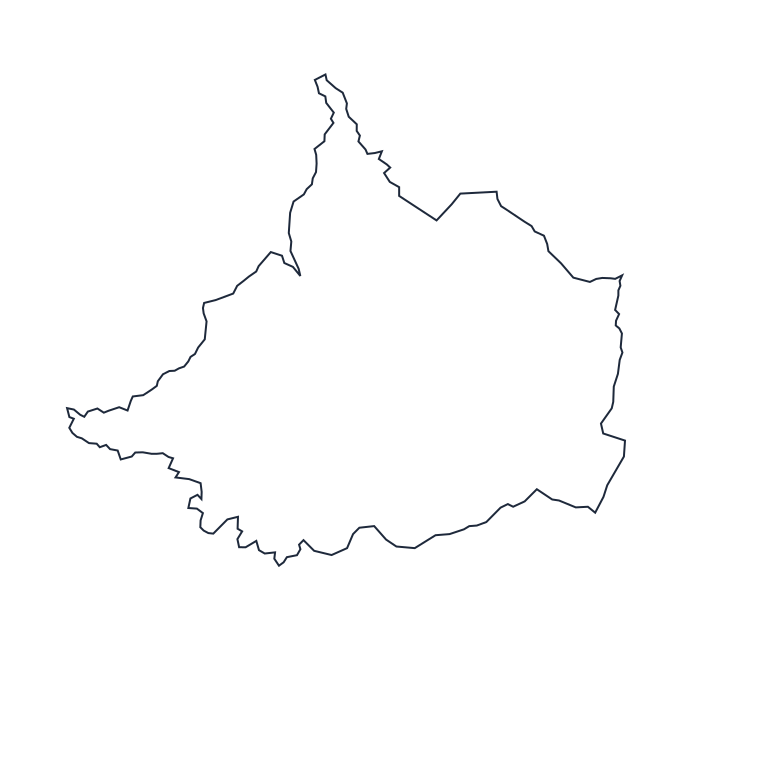 outline of Unistalda, Rio Grande do Sul, Brazil, rotated 39°
{"feature_id": "56859067B40505313665308", "entity_name": "Unistalda", "entity_type": "district", "adm_level": 2, "iso_a3": "BRA", "parent_name": "Brazil", "parent_adm1": "Rio Grande do Sul", "projection": "mercator", "projection_center": [-55.195, -29.075], "detail": "fine", "context": "isolated", "style": "outline", "palette": "slate", "viewbox_px": 768, "rotation_deg": 39, "n_neighbors": 0, "source": "geoboundaries", "source_scale": "gbopen_adm2", "svg_char_len": 2745}
<svg xmlns="http://www.w3.org/2000/svg" viewBox="0 0 768 768"><g transform="rotate(39 384 384)"><path d="M143.7,180.3L138.9,191.2L145.3,194.8L150.5,199.0L157.4,197.4L162.2,201.9L174.2,204.7L175.8,211.3L180.4,212.9L180.8,227.3L184.9,232.8L182.1,245.1L187.1,248.6L192.9,255.1L197.8,262.1L199.2,269.0L202.3,274.2L201.3,281.2L202.4,287.1L198.9,299.1L203.3,310.0L215.0,326.6L222.3,331.6L227.6,339.5L245.2,348.2L251.0,352.7L239.5,350.3L230.4,352.7L224.0,348.5L213.0,352.7L212.4,371.3L213.9,377.0L211.4,385.5L210.0,392.2L208.1,400.1L209.9,408.6L200.3,424.8L193.2,434.2L195.5,438.9L199.4,442.6L206.7,447.0L216.6,462.1L216.6,472.6L218.2,479.6L216.6,484.7L217.7,489.6L217.7,496.2L214.8,500.9L213.0,505.4L209.0,509.0L206.1,515.5L206.5,524.2L208.6,528.4L207.0,534.5L203.9,544.2L196.6,551.8L197.9,556.6L201.4,566.0L192.8,568.7L186.8,578.1L184.3,582.6L176.7,583.4L171.2,591.8L171.7,598.1L167.3,599.1L159.1,599.0L152.9,602.2L160.3,607.7L164.8,606.2L167.0,616.1L172.6,618.1L178.6,618.3L183.3,616.4L191.9,615.6L198.3,611.2L202.9,612.0L206.4,606.2L212.1,607.0L218.9,603.3L226.9,608.3L233.6,599.1L233.8,593.8L239.5,588.9L247.5,584.4L251.7,580.9L255.6,577.0L262.5,576.3L266.8,574.5L269.6,584.9L280.1,581.5L280.8,587.8L292.5,580.5L303.9,576.5L310.2,582.6L314.5,588.3L308.8,587.5L305.6,594.8L310.0,603.5L317.0,598.6L324.5,598.3L327.3,605.4L331.4,610.9L336.1,611.4L341.3,610.4L345.5,607.7L347.5,587.8L354.1,579.1L361.3,588.6L366.5,587.8L367.7,596.8L374.1,602.0L379.2,598.0L383.5,586.3L391.4,591.8L398.0,590.8L405.3,583.4L408.7,588.8L416.7,591.3L418.2,585.7L417.5,579.7L424.1,571.8L423.0,565.0L419.1,562.3L419.7,556.0L434.7,557.6L450.9,549.9L458.6,534.8L454.4,520.1L455.3,511.2L465.8,500.6L483.5,503.6L495.9,502.5L511.2,492.2L519.2,469.1L529.4,459.4L537.6,446.6L539.7,440.8L545.2,435.6L550.4,426.9L552.4,406.7L555.8,399.4L561.6,398.1L567.2,386.7L569.0,369.6L587.4,367.9L593.3,364.4L610.7,359.2L619.7,351.1L629.1,351.1L625.6,333.6L621.2,322.2L616.1,289.4L606.9,276.3L585.5,284.5L577.5,278.2L576.3,259.6L573.4,253.6L564.2,241.4L559.4,228.9L552.0,216.9L549.5,209.5L544.9,206.6L537.1,195.0L531.9,192.7L527.3,192.7L524.5,188.8L522.7,181.7L517.0,181.0L510.5,167.8L507.2,163.7L505.9,158.9L502.3,155.7L500.7,149.7L497.5,156.8L493.6,159.2L486.9,164.2L482.8,168.8L479.8,175.1L464.2,182.2L445.7,178.8L428.2,177.3L422.7,172.5L415.0,168.1L405.1,170.6L399.3,168.4L391.4,169.4L367.5,171.6L363.1,172.1L355.7,168.8L350.5,163.7L323.5,188.0L323.5,201.7L321.9,223.8L277.4,228.3L271.9,221.5L261.3,223.3L251.3,220.0L252.6,211.9L248.0,211.6L238.4,212.4L235.9,204.5L231.5,210.3L226.3,215.6L222.1,213.4L211.5,211.6L208.9,206.1L203.5,204.5L199.4,199.3L188.4,198.5L181.5,194.0L178.6,189.3L168.6,183.6L160.3,184.5L148.3,184.0L143.7,180.3Z" fill="none" stroke="#1e293b" stroke-width="2"/></g></svg>